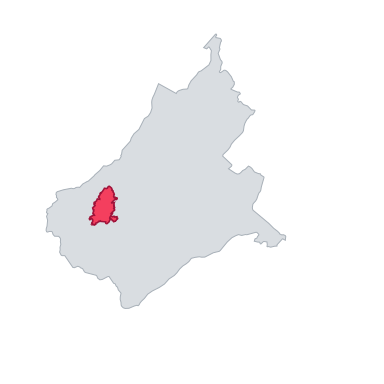 Bafwasende, Orientale, Democratic Republic of the Congo shown in context, rotated 221°
{"feature_id": "63176286B50174012793828", "entity_name": "Bafwasende", "entity_type": "district", "adm_level": 2, "iso_a3": "COD", "parent_name": "Democratic Republic of the Congo", "parent_adm1": "Orientale", "projection": "equal_earth", "projection_center": [26.956, 0.799], "detail": "fine", "context": "in_parent", "style": "filled", "palette": "rose", "viewbox_px": 384, "rotation_deg": 221, "n_neighbors": 0, "source": "geoboundaries", "source_scale": "gbopen_adm2", "svg_char_len": 8720}
<svg xmlns="http://www.w3.org/2000/svg" viewBox="0 0 384 384"><g transform="rotate(221 192 192)"><path d="M288.3,251.8L268.5,256.0L268.9,257.5L268.7,259.1L268.2,260.3L266.2,263.6L263.2,266.6L263.1,267.4L264.6,270.7L265.6,275.4L265.3,283.5L265.7,285.7L265.7,287.4L264.6,289.3L262.6,299.0L264.0,303.7L267.9,308.1L270.1,311.4L274.0,312.6L274.6,312.4L274.8,309.7L277.9,308.6L277.8,326.0L277.6,326.9L277.0,327.1L276.3,326.6L276.1,324.9L275.3,324.2L271.5,326.4L270.6,326.3L269.5,325.9L268.8,325.1L268.6,323.7L265.9,318.7L264.7,318.3L263.2,313.8L257.3,310.5L255.1,310.2L253.9,309.2L252.7,305.6L250.7,303.3L250.3,300.8L249.9,300.4L248.7,300.9L247.7,305.0L246.3,305.9L243.9,306.0L237.9,304.8L233.5,302.7L232.4,302.9L230.7,301.0L230.0,297.9L230.3,295.5L230.0,295.1L223.4,297.2L221.8,298.4L220.3,298.1L219.9,297.4L220.5,295.8L220.2,294.0L219.7,293.1L217.8,292.5L217.1,290.5L215.9,290.3L215.5,290.5L215.3,291.9L214.5,292.3L210.6,291.7L206.5,293.4L201.0,292.9L198.4,294.9L198.0,294.9L197.4,293.8L196.9,290.6L197.2,289.7L198.0,289.0L198.3,287.7L198.0,284.3L198.2,283.5L197.9,281.5L197.1,278.4L195.9,275.8L193.4,272.0L192.9,270.1L193.1,265.8L193.8,259.0L193.7,254.0L192.7,250.7L192.5,247.1L193.1,240.7L192.4,239.2L179.9,238.7L179.4,238.2L179.1,237.3L179.7,233.5L172.0,234.5L169.7,235.2L168.3,236.7L167.9,238.7L167.8,241.5L166.7,244.1L166.4,248.6L164.3,249.1L162.2,249.1L158.1,248.1L154.1,249.4L152.2,250.6L151.2,250.0L147.6,250.5L147.1,250.1L143.0,241.3L141.2,238.4L140.8,236.9L140.9,235.5L140.4,233.7L138.5,229.2L138.1,227.0L138.2,223.7L138.0,222.6L136.2,219.8L135.1,218.8L133.9,218.3L113.3,218.7L106.5,218.2L101.6,218.5L99.1,218.3L98.4,217.9L96.1,218.5L95.0,219.7L93.2,220.3L92.1,220.0L89.9,216.8L92.8,216.2L93.0,215.9L93.2,208.0L92.4,206.9L93.9,205.5L96.4,202.0L98.8,200.8L99.2,200.1L99.7,200.1L100.6,201.6L102.7,203.5L105.3,201.8L105.6,201.3L105.9,198.0L106.5,197.7L107.7,198.4L108.3,198.4L109.4,197.4L112.7,195.7L113.7,197.9L112.8,199.8L113.3,201.2L113.4,203.4L113.9,203.9L116.5,204.1L117.3,203.6L122.5,195.8L123.8,194.9L126.0,191.8L128.9,190.4L130.2,188.0L131.9,183.7L132.6,177.4L132.3,166.5L132.5,165.1L136.0,160.2L139.6,151.3L142.1,149.0L143.9,148.0L146.7,144.8L149.0,141.5L148.7,137.6L149.2,134.3L150.4,130.2L150.8,125.8L150.4,121.2L150.6,117.4L152.3,111.4L152.4,104.5L154.0,98.7L157.0,91.3L158.4,85.8L158.1,80.4L158.5,76.4L158.4,74.1L157.9,72.1L158.1,70.8L159.3,70.3L160.7,68.2L163.3,62.9L166.0,60.3L167.9,59.5L169.9,59.6L171.2,60.1L173.3,62.2L175.7,63.8L177.4,65.9L179.2,69.1L183.5,69.8L185.3,71.0L186.4,71.4L186.8,71.1L187.7,71.3L189.7,72.3L191.3,71.7L199.2,73.8L200.1,72.8L202.3,67.2L203.9,65.3L206.6,65.1L208.7,66.2L209.8,66.2L219.5,61.4L220.8,61.2L224.3,62.4L226.6,61.6L227.5,61.8L229.5,61.0L231.1,57.7L232.4,56.9L246.3,60.5L248.4,58.7L249.4,58.5L252.5,59.8L253.5,61.8L255.3,63.6L256.7,66.5L258.7,68.1L259.8,69.7L261.0,70.7L263.5,71.1L266.7,68.5L269.0,68.8L271.3,70.2L272.1,70.1L273.8,68.6L274.7,67.0L275.6,66.6L276.9,67.3L278.0,68.8L279.0,71.1L282.5,76.0L285.8,78.2L286.7,81.2L287.9,80.9L288.5,81.2L289.4,83.1L290.0,83.5L290.1,84.3L289.3,86.1L288.5,89.6L289.5,91.8L288.6,94.9L288.2,98.1L289.3,98.9L290.7,98.9L292.0,100.5L293.0,100.8L294.1,102.6L293.8,104.0L290.5,109.3L285.5,115.7L283.9,116.5L283.0,117.6L282.4,119.5L280.9,121.1L279.8,121.7L279.7,126.4L278.0,131.2L277.4,132.2L276.5,140.0L276.6,141.3L275.7,147.7L275.9,153.7L273.4,155.5L271.8,158.5L271.1,160.5L271.1,165.3L268.3,168.3L268.1,169.0L268.8,172.4L269.8,172.9L269.8,174.1L272.1,177.7L271.9,189.0L272.0,190.1L273.2,192.8L274.0,197.9L273.1,204.4L276.1,216.2L274.8,220.6L275.4,224.8L277.2,229.1L281.4,233.4L282.6,235.2L283.6,237.6L284.6,241.3L288.3,251.8Z" fill="#d9dde1" stroke="#a8b0b8" stroke-width="1"/><path d="M248.7,105.5L248.5,105.4L248.3,105.5L248.2,105.3L248.0,105.2L247.6,104.7L247.6,104.3L247.6,104.0L247.4,103.6L247.5,103.5L247.5,103.3L247.4,103.3L247.3,103.0L247.1,102.7L246.9,102.2L246.7,102.6L246.4,102.5L246.2,102.8L246.0,102.5L245.8,102.4L245.7,101.9L244.4,103.2L244.2,103.3L244.2,102.9L244.0,103.0L243.9,103.1L244.0,103.3L243.9,103.7L243.7,103.9L243.5,104.3L243.5,104.7L243.8,104.7L243.9,104.8L244.1,104.9L244.2,105.2L244.1,105.6L243.8,106.1L243.2,106.8L243.2,107.2L243.3,107.4L243.3,107.6L243.0,108.1L243.1,109.0L242.7,109.2L242.4,109.2L242.4,109.6L242.3,110.1L242.1,110.1L241.6,109.9L237.6,112.8L237.4,112.3L236.7,111.9L236.4,111.8L235.9,111.9L235.3,112.5L235.2,113.7L235.0,114.8L235.2,115.0L235.1,115.4L235.5,116.3L235.4,116.5L235.6,117.5L235.9,117.6L236.0,117.6L236.1,117.9L236.5,118.1L236.8,118.1L237.0,118.2L237.3,118.8L234.1,118.5L233.8,118.5L233.7,118.2L233.1,118.1L232.9,118.2L232.5,118.6L232.0,118.6L231.5,118.2L231.4,118.3L231.1,119.2L230.6,119.7L230.8,120.2L230.6,120.8L230.7,121.2L230.8,122.2L230.5,122.6L230.6,123.1L230.8,123.4L231.1,123.5L231.3,123.1L231.4,123.3L231.6,123.3L231.6,123.1L231.8,123.2L231.8,123.5L232.2,123.6L232.3,123.5L232.3,123.3L232.5,123.4L232.6,124.0L232.9,123.7L232.8,123.2L233.2,123.0L233.3,123.1L233.5,122.8L233.7,122.7L234.2,122.8L234.1,122.2L234.6,122.1L235.1,122.2L235.3,122.2L235.6,121.4L235.8,121.5L236.1,121.0L236.6,120.9L237.3,120.3L237.5,120.4L237.8,120.9L237.9,121.7L238.1,122.0L237.9,122.0L237.8,122.3L237.9,122.2L237.9,122.3L238.0,122.4L237.9,122.5L238.1,122.6L238.1,122.8L238.2,122.7L238.3,122.8L238.5,122.8L238.4,122.9L238.2,122.9L238.1,123.1L238.3,123.1L238.4,123.4L238.4,123.5L238.5,123.4L238.5,123.2L238.8,123.1L239.0,123.2L239.0,124.6L238.8,125.7L238.9,125.9L238.9,126.9L238.8,127.0L238.7,127.0L238.5,126.9L238.4,127.2L238.7,127.4L238.8,127.8L239.0,128.1L239.3,128.1L239.5,128.3L240.2,128.1L240.3,128.1L240.4,128.4L240.3,128.9L240.1,129.3L240.1,129.5L240.7,129.8L240.8,129.7L240.9,129.9L241.1,130.1L241.4,130.1L241.5,130.3L241.8,130.7L242.1,130.6L242.1,130.3L242.3,130.5L242.4,131.2L242.5,131.2L242.8,131.2L243.1,132.1L243.5,132.2L243.7,133.0L243.8,132.8L244.1,132.7L244.1,132.2L244.6,131.9L245.1,131.6L245.2,131.3L245.2,131.1L245.6,131.1L245.7,131.7L245.6,131.8L245.6,132.1L245.6,133.8L245.3,135.3L245.0,135.7L244.9,136.1L244.9,136.3L244.6,136.5L244.3,136.6L244.0,136.8L244.0,137.0L244.0,137.5L244.0,137.8L244.2,138.1L244.3,138.3L244.1,138.7L244.6,138.3L245.1,138.2L245.5,137.8L245.6,137.5L246.0,137.2L246.2,137.4L246.5,137.3L246.6,137.1L246.4,137.0L246.4,136.7L246.6,136.6L247.0,136.9L247.0,137.1L247.2,136.9L247.8,137.4L248.0,137.5L248.0,137.4L248.2,137.6L248.3,137.5L248.5,138.0L249.0,138.3L248.9,138.6L249.0,138.7L249.0,139.1L249.5,139.2L249.5,139.5L250.3,140.0L251.4,140.1L251.5,140.3L251.9,140.5L252.0,140.9L252.1,141.0L252.7,141.1L252.9,141.0L253.2,140.7L253.5,140.7L253.6,141.2L253.8,141.4L254.0,141.3L254.4,141.6L254.6,141.7L254.7,141.9L254.9,141.9L255.0,142.1L255.3,142.2L257.9,142.2L258.0,142.0L258.3,141.9L258.3,141.7L258.6,141.5L258.7,141.2L258.7,140.4L258.6,140.0L258.3,139.5L258.4,139.2L258.8,138.8L258.9,138.3L259.1,138.2L259.3,138.1L259.7,138.0L260.2,137.6L260.4,137.6L260.6,137.3L260.5,137.1L260.4,136.5L260.2,135.8L260.2,135.0L260.1,134.4L260.0,134.0L259.9,133.7L260.0,133.4L260.0,133.2L260.1,132.7L260.0,132.4L260.1,132.2L260.3,131.9L260.4,131.7L260.6,131.4L260.4,130.9L260.2,130.9L260.3,130.8L260.4,130.4L260.2,130.2L259.8,130.0L259.8,129.8L259.7,129.7L259.5,129.1L259.5,128.9L259.6,128.7L259.6,128.1L259.4,128.1L259.4,127.9L259.4,127.7L259.5,127.7L259.5,127.4L259.2,127.3L259.3,127.1L259.2,126.9L259.0,126.7L258.5,126.7L258.3,126.6L258.1,126.5L257.9,126.5L257.7,126.6L257.2,126.5L257.0,126.1L256.8,125.9L257.4,125.5L257.8,125.5L258.1,124.9L258.5,124.6L258.9,124.7L259.0,124.4L258.2,122.8L258.4,122.6L258.3,122.2L258.5,121.4L259.0,120.1L258.8,120.1L258.7,120.0L258.4,120.3L258.2,120.3L258.1,120.1L257.8,120.1L257.7,120.1L257.6,119.9L258.2,118.9L258.3,118.6L258.2,118.5L257.9,118.5L257.6,118.4L257.4,118.6L257.1,118.2L256.8,118.3L256.6,118.2L256.5,118.3L256.3,118.1L256.2,118.1L256.2,117.4L256.5,117.0L256.3,116.1L256.6,115.9L256.5,115.6L256.4,115.4L256.6,114.8L255.9,114.3L255.7,114.1L255.3,114.2L255.0,114.2L254.8,113.9L254.6,114.2L254.4,114.2L254.3,113.9L254.2,113.7L253.9,113.5L253.8,113.1L253.6,113.1L253.4,112.7L253.4,112.0L253.2,111.8L253.0,111.4L253.0,111.1L252.9,110.9L252.7,110.8L252.5,111.0L252.2,111.0L252.2,110.7L251.7,110.7L251.5,110.8L251.4,110.8L251.2,110.7L250.8,110.6L250.3,110.4L250.5,110.2L250.8,109.9L250.9,110.0L251.0,110.1L251.3,110.0L251.2,109.9L251.3,109.4L251.4,109.2L251.5,109.0L251.5,108.9L251.5,108.6L251.9,108.0L252.2,107.8L252.2,107.7L252.0,107.0L252.1,106.7L252.5,106.5L252.6,106.3L252.3,105.7L252.0,105.2L252.1,104.7L251.7,104.5L251.7,104.3L251.6,104.2L251.4,104.3L251.1,104.0L250.9,104.0L250.7,104.3L250.7,104.6L250.9,105.0L250.6,105.3L250.6,105.6L250.5,106.0L250.3,105.9L250.1,106.1L249.8,106.2L249.7,106.1L249.4,105.9L249.0,106.0L248.9,105.9L248.7,105.8L248.7,105.5Z" fill="#f43f5e" stroke="#9f1239" stroke-width="1.5"/></g></svg>